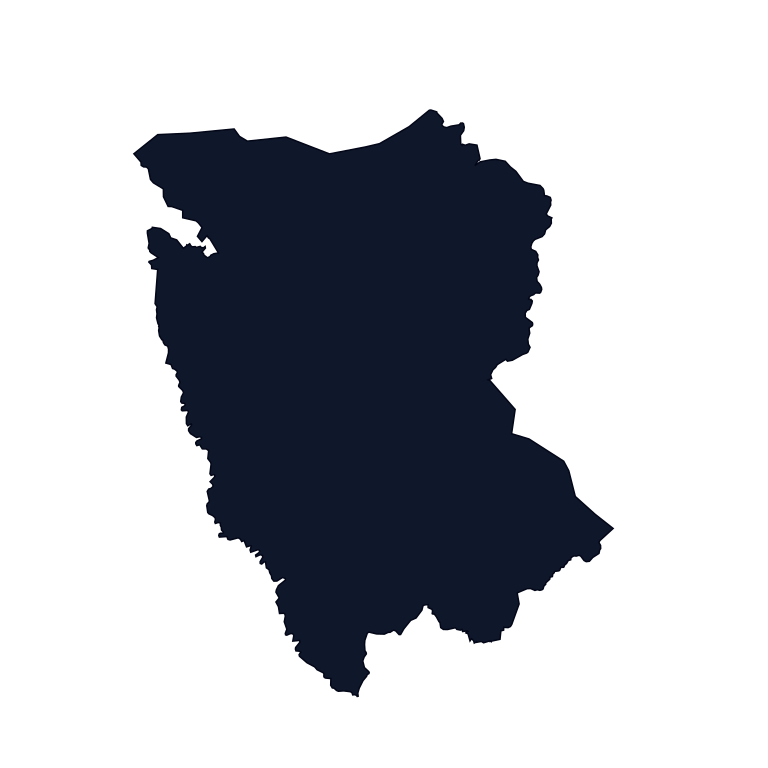 outline of Gabriel Zamora, Michoacán, Mexico, rotated 346°
{"feature_id": "50627088B34750510771659", "entity_name": "Gabriel Zamora", "entity_type": "district", "adm_level": 2, "iso_a3": "MEX", "parent_name": "Mexico", "parent_adm1": "Michoacán", "projection": "albers", "projection_center": [-102.041, 19.155], "detail": "fine", "context": "isolated", "style": "filled", "palette": "ink", "viewbox_px": 768, "rotation_deg": 346, "n_neighbors": 0, "source": "geoboundaries", "source_scale": "gbopen_adm2", "svg_char_len": 6169}
<svg xmlns="http://www.w3.org/2000/svg" viewBox="0 0 768 768"><g transform="rotate(346 384 384)"><path d="M571.4,579.6L557.2,561.3L542.4,539.4L542.3,512.9L539.7,502.4L511.4,472.4L495.8,463.1L505.1,440.4L487.6,406.3L486.1,405.2L489.8,404.7L489.7,400.7L493.1,396.6L496.2,394.9L498.6,392.6L508.2,389.5L509.3,391.7L514.3,392.0L525.6,388.9L529.8,388.5L531.3,387.9L534.6,383.7L533.7,380.3L534.4,375.2L537.7,369.9L538.1,365.7L538.8,364.5L542.1,363.3L542.8,361.8L542.8,360.3L537.3,353.5L538.1,349.5L540.4,347.2L543.1,346.8L547.0,341.6L548.0,339.3L547.3,338.0L547.0,338.7L545.7,336.7L544.8,336.4L545.9,334.9L547.4,333.9L550.8,333.5L553.0,332.3L557.1,333.5L558.2,332.9L559.9,330.4L560.1,328.4L559.2,324.8L557.4,321.5L557.8,317.6L559.9,315.6L561.6,312.6L561.0,306.2L561.8,303.4L563.9,301.0L563.7,298.2L564.5,296.0L563.3,292.0L559.5,289.0L559.6,286.5L561.5,283.2L563.5,281.3L565.6,280.2L573.1,279.2L576.1,277.2L578.2,273.5L582.8,271.3L585.3,268.5L586.1,264.5L587.1,263.4L583.4,260.5L582.6,258.2L589.1,250.7L589.6,247.8L590.6,246.1L590.5,243.2L587.5,240.9L585.3,240.1L585.9,234.6L585.6,232.9L583.4,229.1L572.3,224.0L568.2,221.1L563.4,209.5L559.1,203.9L555.5,197.2L547.0,193.1L540.7,192.2L531.1,191.7L525.0,194.1L529.0,190.1L530.5,189.9L531.7,188.6L532.0,174.7L524.7,171.6L520.6,172.0L518.2,170.4L517.4,171.3L516.6,169.4L518.3,161.2L522.6,157.5L524.0,154.3L524.1,150.6L523.4,149.8L521.5,149.4L519.7,150.7L511.3,150.0L506.9,150.4L504.5,149.2L503.0,147.4L503.0,145.9L505.2,143.7L504.6,140.3L501.0,134.0L501.0,132.7L495.8,129.5L494.2,129.3L470.6,140.4L437.8,149.7L423.3,149.5L386.7,147.5L348.7,120.7L310.2,115.3L303.7,108.8L300.3,100.3L256.4,93.7L224.8,87.3L197.0,100.1L201.9,109.9L201.3,113.2L203.3,115.2L206.0,116.0L207.4,118.1L206.9,129.0L208.9,133.0L217.1,141.3L215.3,149.0L217.5,159.5L221.0,160.5L230.7,166.8L228.9,174.0L241.1,180.2L242.9,182.8L245.3,188.2L238.7,195.6L241.8,201.8L248.2,197.2L249.0,199.8L250.2,201.0L255.1,216.8L250.5,216.4L247.0,217.2L246.1,218.3L243.2,218.8L240.5,215.4L240.4,213.7L239.3,212.0L243.6,208.9L243.7,207.3L242.0,208.1L239.8,207.5L239.0,206.0L235.0,206.1L234.1,205.0L231.1,204.5L230.0,203.1L229.4,200.9L226.8,201.8L226.3,201.3L225.6,202.4L222.1,203.7L217.7,194.0L212.4,190.6L211.6,186.1L204.9,179.1L197.1,175.9L196.5,177.0L191.5,178.1L190.9,180.3L190.1,190.8L188.2,194.7L188.2,195.8L189.1,196.6L188.8,198.6L189.6,200.2L195.6,206.7L190.0,208.1L185.8,208.2L185.3,208.8L187.2,212.2L186.6,215.8L192.1,218.1L181.3,250.7L182.6,254.2L181.2,256.9L180.7,261.1L179.3,264.7L179.3,270.9L180.0,272.8L179.3,273.5L179.4,275.1L178.3,277.5L177.8,283.1L179.2,287.4L180.0,287.7L180.0,290.5L180.8,293.0L183.3,294.9L183.4,298.0L182.4,301.7L177.4,310.9L182.1,313.6L182.6,317.8L184.4,318.9L186.3,321.4L186.2,323.1L184.6,324.6L184.2,326.1L186.1,330.4L186.5,332.9L184.4,335.7L184.2,336.8L187.1,341.6L187.4,344.0L184.2,347.6L182.5,351.9L183.2,353.6L185.6,354.5L186.2,355.8L185.4,356.9L182.1,357.7L181.1,360.1L181.7,361.2L186.6,362.1L187.5,362.8L187.3,364.2L184.2,368.2L182.7,374.7L183.5,377.1L186.7,376.1L187.4,376.3L187.5,377.2L183.6,380.1L183.1,382.1L184.2,385.3L189.1,390.5L192.3,390.6L194.0,391.6L193.6,393.0L188.7,394.0L187.2,395.2L186.9,396.6L187.5,398.5L190.1,398.4L190.7,398.9L192.0,403.0L195.9,404.0L197.7,406.3L195.0,413.8L196.8,417.9L196.9,419.8L193.4,429.0L194.1,430.9L196.8,430.7L197.7,431.6L197.5,432.7L196.3,433.8L191.6,436.7L193.5,439.9L193.4,442.0L191.0,443.4L188.5,443.5L186.5,445.4L186.3,454.8L185.7,456.2L183.5,457.5L182.6,459.1L181.9,466.0L182.6,467.5L185.8,470.1L187.8,472.9L187.6,474.8L186.4,477.0L186.6,478.5L189.6,478.3L191.6,479.3L191.0,481.7L191.5,483.5L191.0,486.4L192.4,489.0L191.4,489.8L189.1,489.2L187.8,489.6L187.0,491.1L187.2,492.7L194.6,494.0L195.0,497.0L196.9,498.1L205.4,498.0L207.2,500.0L207.8,502.4L210.4,502.1L211.2,508.8L215.3,508.6L216.1,509.1L213.9,512.6L214.0,515.0L221.5,514.3L222.7,515.0L222.9,516.1L222.0,517.3L218.0,518.9L218.0,520.6L222.5,519.7L224.6,520.9L224.4,522.8L220.8,526.5L220.5,528.2L221.8,529.1L224.5,527.7L226.0,527.9L225.4,533.9L227.5,536.3L227.5,539.6L228.4,542.7L228.1,545.6L229.4,548.6L232.4,549.3L238.7,547.2L241.2,548.8L240.9,550.4L232.8,554.1L229.8,557.7L228.8,559.8L230.6,566.3L226.4,569.4L227.7,574.5L227.1,581.4L231.2,582.2L232.1,583.0L232.1,585.3L229.7,590.6L230.4,598.4L227.9,602.1L227.8,603.6L228.9,604.2L232.4,603.6L234.9,604.0L235.7,606.1L233.3,611.4L240.1,612.4L239.9,614.2L234.5,618.3L233.9,619.8L234.0,621.7L237.3,622.8L238.4,624.0L236.1,626.1L236.1,627.7L241.8,635.8L248.3,641.7L250.0,645.1L255.2,649.5L255.6,650.7L254.9,653.1L255.1,654.3L256.2,655.2L261.2,657.0L259.4,663.4L260.3,666.4L262.0,667.1L263.8,669.9L265.4,671.1L270.6,672.0L277.1,674.5L278.3,676.0L278.4,678.1L280.5,678.4L281.9,679.4L282.4,680.7L283.4,680.7L283.8,677.6L286.4,673.1L291.9,666.7L296.3,663.5L297.5,661.8L299.2,661.4L299.8,660.6L299.7,659.5L296.4,654.4L296.4,647.6L298.7,644.1L301.6,641.6L301.7,640.1L301.0,638.2L302.1,632.1L303.4,628.1L307.6,621.6L309.4,621.1L316.3,624.7L323.9,626.8L327.9,626.0L329.8,626.4L333.8,625.1L335.7,626.5L338.0,630.8L339.5,631.1L344.1,626.3L352.7,619.8L358.5,618.8L366.1,612.6L368.2,608.6L369.9,608.2L373.4,608.7L372.7,611.6L376.1,614.3L376.2,615.9L375.2,618.5L376.0,619.2L377.0,619.0L378.5,622.6L379.9,628.0L380.6,629.0L380.1,634.1L382.2,636.5L386.2,637.6L394.4,637.8L395.3,639.7L398.6,641.3L400.3,641.0L400.4,643.2L405.3,643.7L405.8,644.5L404.0,644.6L403.2,645.3L405.1,646.7L405.3,654.1L407.3,652.3L408.8,654.7L408.9,657.2L410.9,656.5L410.8,657.0L415.4,657.3L416.5,657.6L418.0,659.2L424.2,658.9L424.5,659.5L425.3,659.1L425.8,660.0L426.3,659.5L434.8,659.8L437.7,651.8L440.5,651.8L441.3,649.1L445.5,650.4L448.0,649.9L449.8,648.2L461.9,630.1L462.7,618.9L473.4,617.2L476.9,618.0L480.5,620.8L483.0,620.7L485.3,621.9L487.5,621.9L488.8,621.3L490.1,618.9L492.5,617.4L492.8,616.1L497.5,613.6L498.4,611.6L500.8,611.6L501.8,609.2L503.5,608.3L504.0,607.1L508.5,607.6L509.5,607.1L511.2,604.7L514.0,605.3L515.8,603.1L517.6,602.4L520.1,599.8L522.6,599.8L523.5,597.7L526.6,596.7L528.9,597.5L531.9,597.4L533.3,598.7L535.4,603.7L537.2,605.3L540.4,605.7L544.6,602.8L551.6,600.4L553.2,597.1L554.4,596.2L555.1,593.0L554.2,589.9L555.5,588.2L571.4,579.6Z" fill="#0f172a" stroke="#020617" stroke-width="1.5"/></g></svg>